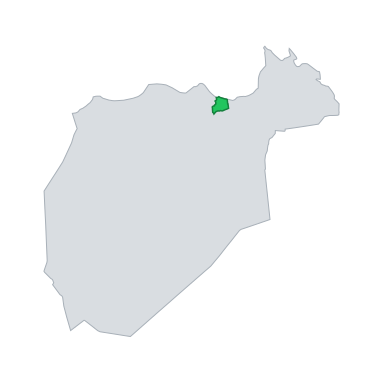 location of Madaoua, Tahoua, Niger, rotated 174°
{"feature_id": "23599985B88186704259068", "entity_name": "Madaoua", "entity_type": "district", "adm_level": 2, "iso_a3": "NER", "parent_name": "Niger", "parent_adm1": "Tahoua", "projection": "natural_earth1", "projection_center": [6.217, 14.01], "detail": "fine", "context": "in_parent", "style": "filled", "palette": "green", "viewbox_px": 384, "rotation_deg": 174, "n_neighbors": 0, "source": "geoboundaries", "source_scale": "gbopen_adm2", "svg_char_len": 3654}
<svg xmlns="http://www.w3.org/2000/svg" viewBox="0 0 384 384"><g transform="rotate(174 192 192)"><path d="M302.8,282.7L299.3,282.8L297.2,283.5L294.7,285.8L291.8,286.7L288.3,288.6L286.1,290.2L284.0,291.5L281.2,294.5L280.3,296.9L277.4,297.3L273.4,296.9L270.9,294.6L265.0,292.1L261.2,291.1L259.4,290.8L250.4,290.4L240.8,291.4L235.9,292.5L235.1,292.8L232.3,294.3L230.0,295.9L223.8,303.4L215.6,303.2L210.8,302.3L206.6,301.2L200.8,297.7L193.6,292.3L190.9,291.6L188.4,291.1L187.5,291.2L179.0,296.6L177.4,296.4L175.3,297.0L174.0,298.4L173.0,299.0L172.0,299.1L170.7,298.9L169.3,298.0L168.0,296.5L164.5,290.6L163.8,289.6L162.3,287.8L159.7,285.0L158.0,283.8L157.0,283.4L155.7,283.7L148.9,281.3L142.0,278.8L140.5,279.1L139.4,279.6L137.1,281.5L134.3,281.8L130.7,281.7L128.8,281.4L125.6,282.0L123.5,282.8L120.8,284.0L117.2,287.4L116.2,287.9L115.3,288.4L114.1,297.8L113.2,300.6L111.4,304.3L107.8,307.8L105.4,309.9L105.3,312.8L105.1,317.5L105.1,320.8L105.2,322.9L104.8,323.9L104.6,324.8L104.8,326.2L105.3,326.9L105.7,327.7L105.4,328.4L104.3,329.3L103.0,327.1L101.4,325.7L99.6,325.0L98.4,323.9L97.8,322.4L95.5,319.5L90.1,313.7L89.5,313.6L88.6,313.3L87.1,314.0L86.2,315.0L85.5,315.3L84.5,315.4L82.0,316.1L79.9,317.1L79.9,317.9L80.8,322.2L80.3,324.6L79.4,323.5L76.5,319.1L74.5,315.8L74.1,315.1L73.8,313.9L74.0,313.4L74.8,313.1L76.7,312.7L77.1,312.3L77.2,311.4L76.9,309.7L75.9,307.5L74.8,306.0L74.2,305.7L73.0,305.6L71.8,305.8L69.5,307.7L68.5,308.0L66.2,307.9L64.1,307.5L62.8,306.5L59.0,302.9L54.8,299.0L53.0,298.5L52.6,298.1L52.4,295.1L52.5,291.5L52.7,290.6L54.5,291.1L56.3,291.4L56.9,290.8L55.4,289.5L53.3,288.2L52.5,286.2L51.9,285.6L50.9,284.9L49.8,284.5L48.7,284.0L48.0,283.4L46.7,283.2L45.4,282.7L43.5,279.6L41.7,276.5L40.6,274.1L40.3,272.6L40.8,270.2L40.3,269.2L38.2,266.7L36.5,264.3L37.0,260.7L37.4,257.7L37.4,255.8L37.7,254.7L37.9,253.5L39.0,253.1L41.9,253.2L47.6,253.7L52.1,253.1L52.4,253.0L55.6,249.7L59.1,246.3L64.5,246.0L70.2,245.7L74.7,245.5L81.3,245.2L86.6,245.0L92.8,244.8L93.0,243.2L93.4,242.8L94.0,242.8L98.5,243.6L102.7,244.4L103.1,241.5L106.8,237.8L108.9,237.0L109.5,236.4L110.1,235.1L110.6,233.2L110.7,231.9L111.5,230.7L112.1,228.6L112.9,225.0L115.0,221.2L116.2,216.0L116.4,210.9L116.6,207.1L117.3,206.3L117.3,199.6L117.3,192.7L117.3,187.0L117.3,179.8L117.3,173.5L117.3,166.7L117.3,160.5L117.3,156.5L121.6,155.5L126.0,154.5L132.5,153.0L139.5,151.4L147.2,149.7L148.9,148.7L154.7,142.8L157.3,140.1L162.5,134.9L166.5,130.8L171.5,125.6L176.9,120.4L181.1,116.3L187.9,111.6L198.0,104.5L208.1,97.4L218.2,90.3L228.2,83.2L238.3,76.1L248.3,69.0L258.4,61.8L268.4,54.7L278.5,57.4L288.2,60.0L298.0,62.6L300.3,64.0L305.5,69.1L312.2,75.5L312.5,75.6L312.8,75.7L319.0,71.9L327.2,66.9L329.6,80.3L331.4,91.9L331.6,99.2L331.7,101.1L332.4,102.4L334.0,103.7L340.3,114.4L339.0,116.2L339.9,119.5L341.6,120.9L346.8,127.3L347.5,128.5L347.2,129.5L343.7,137.0L343.2,138.8L342.6,148.3L342.2,155.0L341.6,164.2L340.9,175.2L340.4,184.5L339.7,196.8L339.0,208.4L333.9,214.8L324.8,226.1L317.5,235.3L313.8,241.4L306.6,253.5L303.4,261.2L300.8,265.3L299.6,267.0L300.8,272.7L302.8,282.7Z" fill="#d9dde1" stroke="#a8b0b8" stroke-width="1"/><path d="M147.3,280.2L148.2,280.8L149.8,281.2L152.3,282.3L154.4,283.2L155.3,284.0L156.3,283.4L158.0,283.4L157.9,282.4L157.8,281.4L158.2,280.8L159.5,280.2L159.5,279.8L159.0,279.1L159.0,278.8L159.1,277.1L160.6,276.0L160.7,275.4L161.9,275.2L162.9,274.6L163.0,273.9L162.9,272.7L163.0,272.3L163.1,269.1L162.2,268.1L162.0,267.3L161.4,267.9L159.6,269.5L157.5,270.0L156.8,269.7L156.0,269.7L155.2,270.0L154.0,269.6L153.1,269.5L150.4,270.4L148.7,270.8L146.9,271.4L147.0,275.8L147.3,275.8L147.3,280.2Z" fill="#22c55e" stroke="#15803d" stroke-width="1.5"/></g></svg>